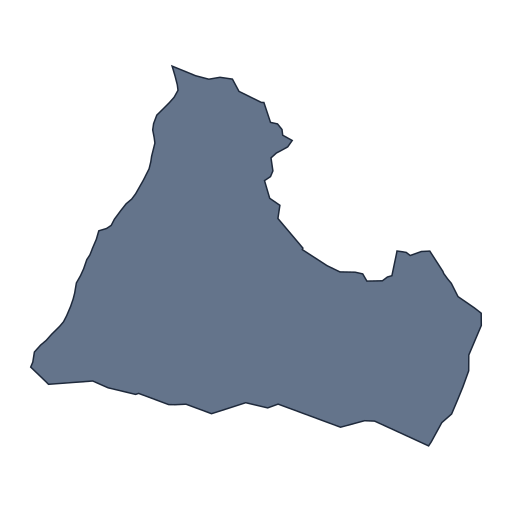 the district of Umuahia South, Abia, Nigeria
{"feature_id": "59680162B33788323646847", "entity_name": "Umuahia South", "entity_type": "district", "adm_level": 2, "iso_a3": "NGA", "parent_name": "Nigeria", "parent_adm1": "Abia", "projection": "albers", "projection_center": [7.437, 5.501], "detail": "fine", "context": "isolated", "style": "filled", "palette": "slate", "viewbox_px": 512, "rotation_deg": 0, "n_neighbors": 0, "source": "geoboundaries", "source_scale": "gbopen_adm2", "svg_char_len": 1629}
<svg xmlns="http://www.w3.org/2000/svg" viewBox="0 0 512 512"><path d="M481.2,313.2L474.4,307.9L458.0,296.6L451.3,283.3L447.7,279.0L443.7,273.5L442.9,271.4L429.8,251.1L421.4,251.5L410.2,255.5L406.2,252.4L404.8,252.2L402.8,251.8L397.0,251.0L396.4,254.2L391.9,275.7L387.4,277.0L382.4,280.8L366.9,281.1L362.7,273.9L355.2,272.2L339.9,271.9L327.1,265.7L302.3,249.6L302.9,248.1L277.9,218.5L279.9,205.3L269.7,198.3L264.5,180.6L270.5,176.6L272.9,170.9L271.0,157.9L276.4,153.0L279.9,151.2L287.7,146.9L292.2,140.5L282.7,135.2L282.0,129.5L277.5,123.9L270.5,122.4L263.9,102.5L261.3,102.4L239.0,91.4L232.4,79.1L220.0,77.3L208.8,79.2L195.5,75.7L172.1,66.1L172.9,68.7L175.1,76.2L177.3,84.8L178.0,90.3L174.1,97.3L169.3,102.7L167.4,104.6L162.3,109.7L156.8,115.1L153.6,123.6L152.7,129.9L154.2,137.7L154.9,143.1L151.6,156.3L150.8,161.8L149.1,168.8L145.2,176.5L145.1,176.8L142.8,181.2L138.8,188.2L135.7,193.7L131.7,199.1L126.2,203.7L120.7,210.7L114.4,219.2L111.2,225.4L106.5,228.5L98.8,230.8L96.3,239.4L92.3,248.7L91.9,249.9L89.9,254.9L86.8,259.6L83.6,268.9L80.6,275.5L80.4,275.9L76.4,282.9L75.4,288.7L74.7,293.0L73.1,299.2L71.3,304.4L70.7,306.2L66.7,315.6L66.5,316.0L63.5,321.8L59.6,326.4L51.7,334.2L46.2,340.4L40.7,345.0L34.4,352.0L32.8,362.1L30.7,367.1L45.5,381.3L48.5,384.3L92.7,381.0L108.1,387.8L135.6,394.4L138.6,393.4L143.2,395.1L168.7,404.6L175.2,404.7L186.0,404.2L211.5,413.7L231.2,407.4L245.7,402.7L267.7,407.9L278.1,404.1L340.5,427.2L364.6,420.7L374.6,421.1L428.6,445.9L431.3,441.8L441.8,422.6L451.6,414.0L457.4,400.3L462.8,387.1L468.7,370.8L468.8,355.0L481.3,325.5L481.2,313.2Z" fill="#64748b" stroke="#1e293b" stroke-width="1.5"/></svg>